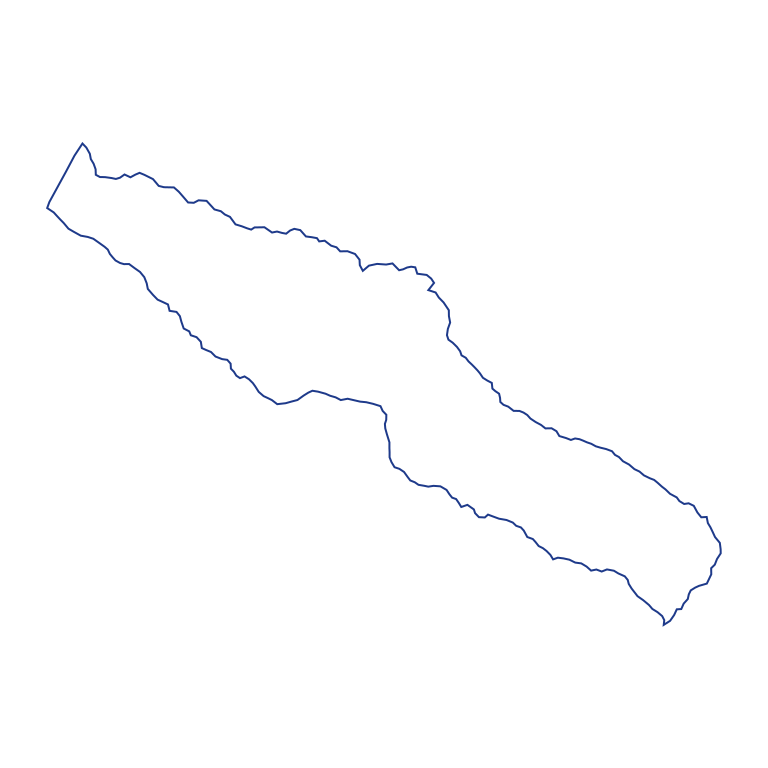 Lavínia, São Paulo, Brazil (Mercator projection), rotated 269°
{"feature_id": "56859067B69152415148491", "entity_name": "Lavínia", "entity_type": "district", "adm_level": 2, "iso_a3": "BRA", "parent_name": "Brazil", "parent_adm1": "São Paulo", "projection": "mercator", "projection_center": [-51.04, -21.147], "detail": "fine", "context": "isolated", "style": "outline", "palette": "blue", "viewbox_px": 768, "rotation_deg": 269, "n_neighbors": 0, "source": "geoboundaries", "source_scale": "gbopen_adm2", "svg_char_len": 3937}
<svg xmlns="http://www.w3.org/2000/svg" viewBox="0 0 768 768"><g transform="rotate(269 384 384)"><path d="M565.8,50.3L561.3,56.8L558.2,59.5L554.3,63.0L550.5,66.6L544.8,71.2L541.7,76.3L537.6,83.4L536.2,90.4L534.3,95.9L530.4,101.2L526.1,107.0L523.2,110.2L518.8,112.2L515.3,115.0L512.2,117.7L509.6,122.2L508.4,126.1L508.4,131.2L504.1,136.8L500.3,142.0L495.0,146.2L488.8,148.5L483.2,149.5L477.1,154.6L472.3,159.1L469.9,164.1L467.3,169.4L460.9,170.9L459.7,177.8L455.4,181.1L449.8,182.5L443.0,184.7L440.0,190.2L436.1,191.7L434.1,197.4L429.4,201.6L423.1,202.5L421.2,206.5L419.0,211.6L414.4,216.0L411.7,222.6L410.9,227.7L407.0,231.0L402.0,231.2L398.9,234.1L394.9,236.5L392.4,240.1L394.0,244.7L391.1,249.1L387.2,252.9L383.7,255.3L378.3,258.6L374.0,263.4L371.8,267.9L369.9,271.6L365.7,276.9L366.5,285.3L368.0,291.0L369.5,297.2L373.8,303.4L376.7,308.2L378.5,312.3L377.5,317.9L375.3,325.4L373.2,329.9L371.5,335.4L368.7,340.5L369.9,347.4L366.8,359.8L366.1,365.9L364.4,372.6L361.9,380.1L357.1,382.2L353.2,385.8L348.1,385.6L344.1,384.2L339.6,384.5L333.8,386.0L325.6,388.4L319.8,388.3L315.7,388.4L310.6,388.3L305.8,390.1L300.6,393.1L298.9,397.9L295.7,402.5L290.5,406.1L287.1,408.6L285.2,413.1L282.6,416.7L281.5,422.5L280.6,426.5L281.3,431.7L280.7,438.6L277.0,444.7L272.6,447.5L269.2,450.1L267.7,454.1L263.8,456.7L259.7,459.1L261.7,465.3L257.0,471.7L253.3,472.8L249.2,476.6L248.8,482.5L251.6,485.7L249.7,490.5L247.3,496.7L245.9,504.1L243.2,510.4L239.9,513.7L238.2,518.4L235.0,521.2L228.5,524.6L226.4,530.1L223.4,532.7L219.3,535.8L217.1,540.0L214.2,543.6L210.2,547.4L205.7,550.0L207.3,554.8L206.5,560.4L205.1,566.3L202.1,572.1L201.2,578.1L197.9,583.4L193.8,587.8L194.8,593.1L192.7,598.4L194.7,603.7L193.3,610.6L190.5,615.0L187.5,621.4L183.8,624.3L179.9,625.2L175.2,628.0L171.3,630.9L167.4,633.8L163.4,639.3L158.4,645.1L154.4,648.4L151.1,653.5L147.1,658.1L143.0,660.1L138.3,659.5L142.2,665.9L148.0,670.1L153.6,672.8L153.8,677.3L159.2,679.8L163.7,684.0L168.4,685.1L172.3,687.1L175.0,691.6L176.7,695.5L178.8,703.3L188.0,707.9L194.1,707.9L197.6,711.6L203.2,713.9L208.8,717.7L212.9,717.7L219.3,717.0L225.2,712.3L230.2,710.1L235.0,707.9L239.3,705.4L245.4,704.3L245.2,698.9L250.1,695.1L256.8,691.6L259.4,686.5L258.8,682.0L261.8,677.3L265.5,674.7L269.2,668.1L273.7,663.6L276.5,660.1L280.6,655.7L283.4,652.4L285.1,648.2L288.1,642.3L292.0,637.9L294.5,632.9L299.2,627.6L302.6,621.6L306.9,617.6L309.1,613.7L312.8,610.8L315.1,604.9L316.5,599.5L318.0,594.7L320.6,590.2L322.1,586.0L323.9,582.1L325.4,578.5L326.2,574.1L324.8,569.9L326.8,565.0L328.9,558.4L333.8,555.6L336.8,550.8L336.8,544.6L340.4,540.2L343.3,535.0L346.9,529.8L350.5,526.7L353.0,523.0L354.7,519.0L354.9,513.1L359.2,507.8L361.1,503.1L364.0,500.0L368.1,499.8L372.3,498.9L374.9,495.2L377.5,492.3L383.2,491.8L385.6,487.4L388.5,483.0L393.0,480.1L396.0,477.7L399.4,474.6L402.2,471.9L405.1,468.9L408.8,466.2L411.3,462.0L415.4,460.7L419.8,457.6L424.1,453.4L427.2,449.2L431.7,447.8L437.9,448.8L444.3,451.2L450.7,450.1L456.6,450.1L464.5,445.0L469.5,440.3L474.6,437.2L477.1,430.0L484.2,435.8L488.6,433.0L492.3,428.6L493.7,419.2L500.1,417.3L500.8,413.2L500.1,409.2L498.3,405.0L497.5,401.1L504.4,394.6L503.4,388.2L504.2,379.2L502.6,371.0L497.5,364.8L503.2,361.9L508.7,361.7L514.5,357.3L517.4,349.8L517.4,342.5L521.5,338.9L523.2,333.6L528.3,327.2L527.7,321.7L531.0,319.5L532.0,314.5L532.9,308.5L539.3,303.0L540.7,297.0L539.1,292.8L536.0,288.8L536.8,284.8L538.3,279.7L537.4,274.7L542.8,267.2L542.8,257.3L540.7,253.9L542.0,250.0L544.2,244.5L546.2,238.3L553.8,232.9L556.2,227.9L559.6,223.9L561.5,217.5L570.2,209.8L570.9,201.8L568.5,197.0L568.9,191.3L575.3,186.0L579.8,182.2L584.2,177.4L584.6,167.4L586.0,162.2L592.9,156.6L597.3,148.1L599.4,143.3L597.7,139.1L595.1,134.1L598.0,128.2L594.9,123.7L593.7,119.5L594.7,115.1L595.7,108.7L595.9,103.6L598.2,99.5L603.7,99.4L609.3,97.5L614.0,94.8L619.3,93.9L625.6,90.5L629.7,86.7L617.7,78.5L601.8,69.7L571.8,52.6L565.8,50.3Z" fill="none" stroke="#1e3a8a" stroke-width="2"/></g></svg>